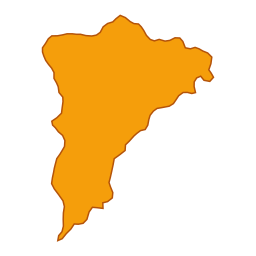 the district of Goiabeira, Minas Gerais, Brazil
{"feature_id": "56859067B98239132971744", "entity_name": "Goiabeira", "entity_type": "district", "adm_level": 2, "iso_a3": "BRA", "parent_name": "Brazil", "parent_adm1": "Minas Gerais", "projection": "albers", "projection_center": [-41.236, -19.04], "detail": "fine", "context": "isolated", "style": "filled", "palette": "amber", "viewbox_px": 256, "rotation_deg": 0, "n_neighbors": 0, "source": "geoboundaries", "source_scale": "gbopen_adm2", "svg_char_len": 1621}
<svg xmlns="http://www.w3.org/2000/svg" viewBox="0 0 256 256"><path d="M57.8,240.6L62.2,238.7L66.3,233.6L70.9,229.0L74.2,224.0L78.4,224.2L83.1,223.3L86.9,219.4L89.1,211.9L92.4,207.3L97.2,207.7L103.0,208.4L102.8,202.8L107.6,201.6L112.3,197.9L112.8,192.6L110.4,186.7L109.0,182.5L110.3,177.5L111.7,171.3L113.1,164.7L114.2,158.7L120.4,154.2L125.1,150.5L125.5,144.8L129.3,141.1L133.9,136.0L136.8,133.4L140.5,130.6L145.2,129.5L147.8,125.1L148.8,119.6L150.1,115.3L153.4,111.1L157.1,108.4L162.3,107.5L169.2,106.2L173.4,103.6L175.8,100.1L178.7,95.7L183.1,92.5L187.4,92.4L191.8,93.5L195.5,92.6L194.1,86.5L194.2,81.9L196.7,77.9L200.7,76.2L204.0,80.3L209.8,81.4L213.5,77.3L211.2,73.2L208.8,69.8L210.9,63.7L211.8,57.1L207.7,53.0L202.8,51.0L199.0,48.8L195.1,47.4L190.4,48.8L185.3,47.8L182.8,41.4L179.8,38.0L175.0,37.8L169.8,40.4L165.0,41.1L159.2,39.4L154.4,40.9L150.3,39.5L146.4,35.4L143.8,30.6L141.4,27.0L138.5,24.0L133.9,23.6L130.2,21.6L125.4,17.6L120.2,15.4L116.0,18.7L112.8,21.9L107.6,23.5L103.2,26.8L100.2,32.4L96.4,35.1L91.8,36.0L85.9,35.6L80.6,34.3L76.6,34.3L72.1,33.8L67.1,33.8L62.5,34.9L57.4,35.8L51.8,35.9L48.4,38.7L45.5,43.5L42.5,47.8L42.5,52.0L43.8,56.0L45.7,60.4L48.6,64.5L51.6,68.1L54.0,72.5L54.0,78.4L56.5,82.8L58.2,86.7L59.0,92.5L62.8,97.1L63.0,101.6L62.2,107.5L61.5,113.2L56.8,117.8L51.8,121.2L52.6,125.1L55.3,127.7L58.4,131.8L62.6,135.4L64.9,140.6L64.5,146.5L62.2,150.5L60.0,154.1L56.8,158.6L55.3,164.3L54.3,168.3L53.6,172.3L52.4,177.9L51.6,183.6L54.3,188.9L58.3,194.2L63.0,200.8L64.4,206.6L63.4,212.8L63.2,219.2L63.4,226.2L62.0,231.7L58.7,235.6L57.8,240.6Z" fill="#f59e0b" stroke="#b45309" stroke-width="1.5"/></svg>